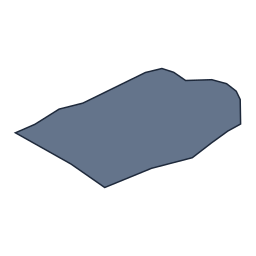 the border of Ribeira Grande
{"feature_id": "CPV-5061", "entity_name": "Ribeira Grande", "entity_type": "state/province", "adm_level": 1, "iso_a3": "CPV", "parent_name": "Cabo Verde", "parent_adm1": "", "projection": "mercator", "projection_center": [-25.115, 17.141], "detail": "fine", "context": "isolated", "style": "filled", "palette": "slate", "viewbox_px": 256, "rotation_deg": 0, "n_neighbors": 0, "source": "natural_earth", "source_scale": "10m", "svg_char_len": 358}
<svg xmlns="http://www.w3.org/2000/svg" viewBox="0 0 256 256"><path d="M15.4,132.8L34.9,124.3L59.1,109.1L82.9,103.1L145.4,72.5L161.9,68.5L173.7,72.3L185.6,80.5L211.8,79.7L226.6,83.7L236.2,91.2L240.2,99.5L240.6,124.0L227.9,131.0L211.6,142.8L192.3,157.7L151.5,168.3L104.7,187.5L71.1,164.1L15.4,132.8Z" fill="#64748b" stroke="#1e293b" stroke-width="1.5"/></svg>